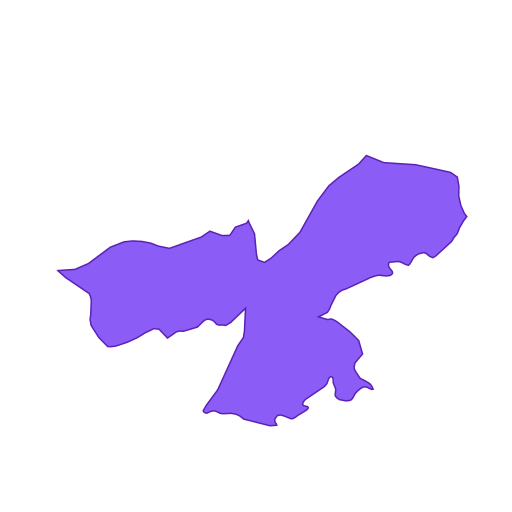 map outline of An Nabatiyah (orthographic projection), rotated 207°
{"feature_id": "LBN-3059", "entity_name": "An Nabatiyah", "entity_type": "Province", "adm_level": 1, "iso_a3": "LBN", "parent_name": "Lebanon", "parent_adm1": "", "projection": "orthographic", "projection_center": [35.465, 33.278], "detail": "fine", "context": "isolated", "style": "filled", "palette": "violet", "viewbox_px": 512, "rotation_deg": 207, "n_neighbors": 0, "source": "natural_earth", "source_scale": "10m", "svg_char_len": 2860}
<svg xmlns="http://www.w3.org/2000/svg" viewBox="0 0 512 512"><g transform="rotate(207 256 256)"><path d="M275.1,280.9L267.4,275.1L256.3,257.6L252.7,253.3L245.6,254.1L241.5,261.0L237.9,271.0L232.4,281.0L227.6,297.1L226.2,333.1L222.9,351.8L217.7,364.0L206.3,384.5L203.3,395.6L184.5,397.2L155.2,409.8L120.6,418.8L112.5,417.7L106.8,410.2L102.6,401.5L96.5,394.1L89.7,388.5L86.1,386.9L87.0,381.7L87.5,373.3L87.2,371.4L86.9,367.5L87.1,365.9L88.0,362.5L88.2,359.1L88.4,357.5L95.9,337.5L97.6,334.8L100.9,334.5L105.6,335.5L107.1,335.5L108.3,334.9L109.4,334.2L112.2,331.5L113.7,329.1L114.8,326.3L115.3,318.9L115.9,317.0L118.4,316.4L124.1,316.3L125.8,316.0L127.7,315.1L133.7,311.4L134.6,310.4L133.7,307.7L132.4,306.5L130.8,305.5L129.2,304.9L127.6,304.1L126.5,302.8L126.7,301.2L127.8,299.4L131.2,297.2L133.7,296.2L137.7,294.8L140.6,292.5L144.1,288.9L161.0,267.4L163.8,264.6L165.8,261.1L166.9,257.2L166.8,245.3L166.4,242.4L166.8,238.3L172.7,230.1L163.3,231.9L160.5,234.0L158.0,234.4L154.1,234.2L137.9,231.1L126.1,227.3L116.6,217.1L119.3,205.5L117.8,200.8L116.3,199.4L114.7,198.2L108.1,194.5L106.5,194.2L104.9,194.4L98.1,194.1L96.4,193.8L94.7,193.1L93.1,192.1L91.8,191.1L91.2,190.4L92.4,189.6L98.2,189.4L100.5,188.3L102.3,186.2L104.3,181.6L105.0,179.0L105.3,176.9L105.2,176.0L105.4,172.9L105.8,171.2L107.4,169.4L110.3,167.7L116.5,165.9L119.6,166.3L121.8,167.3L122.8,169.0L123.9,172.2L124.7,173.7L126.0,175.0L128.8,177.3L129.9,178.5L130.5,179.8L131.9,182.0L133.3,182.8L134.6,182.4L135.6,180.5L134.9,174.3L135.8,170.7L146.8,150.7L147.3,149.0L147.5,147.2L147.4,145.6L146.4,144.5L145.1,144.3L141.9,145.2L140.7,144.8L140.4,143.7L141.2,141.3L146.2,133.3L147.6,130.4L149.1,128.1L150.8,126.9L157.7,126.3L161.6,125.6L163.2,124.7L164.6,123.3L165.2,119.7L164.5,117.7L163.1,116.3L161.6,115.6L160.7,114.6L166.5,111.1L192.9,105.1L197.6,106.1L201.4,106.0L203.3,105.6L206.8,104.5L213.6,100.6L215.3,99.9L217.2,99.5L220.7,99.5L222.3,99.2L224.0,98.5L225.6,97.2L226.7,95.9L228.0,94.1L228.1,93.9L229.7,93.2L231.0,93.2L232.2,93.6L232.6,93.9L232.8,94.1L232.5,100.4L229.5,118.5L229.4,120.4L231.5,167.8L230.2,177.6L232.1,183.6L241.6,204.7L248.4,185.2L251.5,180.3L254.0,179.6L255.2,179.0L257.3,177.8L258.5,177.4L259.8,177.3L261.1,177.6L262.2,178.2L263.8,178.7L265.6,179.0L269.1,178.4L271.1,177.3L272.6,175.4L273.3,173.9L275.9,166.1L286.5,156.0L290.0,154.5L292.5,152.3L297.6,142.7L309.2,146.8L314.0,144.9L319.9,137.2L325.0,128.9L331.5,120.8L339.9,112.2L344.1,109.3L347.1,108.0L359.0,112.0L371.4,119.3L374.9,123.9L376.8,129.1L382.7,141.9L385.3,145.0L387.5,146.8L415.5,150.3L425.5,152.9L425.9,153.1L411.2,161.9L401.9,173.2L389.8,197.7L379.9,208.8L372.6,213.5L364.2,217.2L355.5,219.7L347.4,220.5L336.6,223.5L313.4,248.0L308.3,257.2L295.5,258.8L288.7,262.5L287.5,272.3L279.3,280.9L278.9,283.8L278.9,284.0L275.3,280.9L275.2,280.9L275.1,280.9Z" fill="#8b5cf6" stroke="#5b21b6" stroke-width="1.5"/></g></svg>